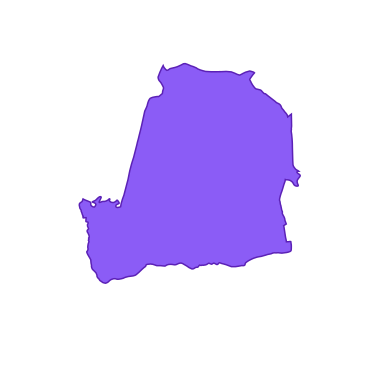 the district of Gachancipá, Cundinamarca, Colombia, rotated 46°
{"feature_id": "7082276B66532340203009", "entity_name": "Gachancipá", "entity_type": "district", "adm_level": 2, "iso_a3": "COL", "parent_name": "Colombia", "parent_adm1": "Cundinamarca", "projection": "albers", "projection_center": [-73.877, 5.006], "detail": "fine", "context": "isolated", "style": "filled", "palette": "violet", "viewbox_px": 384, "rotation_deg": 46, "n_neighbors": 0, "source": "geoboundaries", "source_scale": "gbopen_adm2", "svg_char_len": 6046}
<svg xmlns="http://www.w3.org/2000/svg" viewBox="0 0 384 384"><g transform="rotate(46 192 192)"><path d="M205.0,66.4L204.7,68.9L204.5,71.0L202.7,70.0L201.0,69.7L198.6,69.6L196.7,69.3L194.3,69.2L191.7,68.2L190.4,68.0L189.5,68.1L188.9,68.2L186.8,69.0L186.2,69.2L185.0,69.2L175.3,70.6L173.2,70.8L172.3,71.0L171.9,71.3L171.4,71.7L170.4,71.8L169.2,71.8L167.3,71.7L166.5,71.8L165.8,72.1L163.4,73.6L162.6,74.2L161.6,74.5L160.3,74.5L158.5,74.3L157.1,74.1L154.3,73.4L153.3,73.0L151.7,72.6L151.2,72.4L150.9,71.7L150.7,70.9L150.0,67.2L149.7,64.3L149.1,64.3L148.2,64.6L146.4,65.6L145.1,66.4L144.7,67.1L143.0,70.3L142.1,73.0L141.5,75.2L141.0,76.5L140.2,77.0L138.7,77.8L136.3,78.7L132.9,80.3L129.0,83.7L126.3,86.8L122.3,91.1L118.8,94.7L114.7,98.5L112.4,99.9L109.9,101.3L107.3,102.4L105.7,102.7L105.0,103.0L102.8,103.9L100.6,105.1L97.0,106.6L94.9,107.7L93.8,109.1L93.0,111.9L91.7,115.5L90.6,117.7L88.0,122.1L87.8,123.5L87.6,124.5L87.4,125.0L87.0,125.6L86.5,125.7L85.2,125.8L82.8,125.6L82.0,125.3L81.0,124.9L81.9,127.7L83.6,132.0L84.8,134.5L85.8,136.6L87.2,137.6L88.8,138.2L91.7,138.4L93.8,138.9L95.8,139.5L96.8,139.8L97.8,140.7L98.5,142.0L99.0,142.9L99.6,143.7L100.4,144.6L100.6,145.2L100.5,146.0L100.4,148.0L100.3,149.1L99.9,150.1L99.2,150.6L98.5,151.6L96.7,154.3L96.0,155.8L95.6,157.0L95.7,158.1L96.2,159.8L97.3,162.0L98.9,164.6L99.7,166.4L101.0,169.8L109.0,181.8L111.5,185.7L114.1,189.9L116.7,194.0L118.1,196.4L119.8,199.0L126.4,209.7L129.9,216.1L133.5,222.0L135.0,224.2L138.6,229.4L141.2,233.7L147.0,243.2L148.8,246.9L151.0,250.8L153.0,253.6L152.6,254.5L151.9,255.7L151.2,256.6L150.3,257.0L149.6,256.9L149.2,256.6L148.9,256.2L148.7,255.6L148.7,255.0L149.5,252.8L149.5,252.3L149.2,252.0L148.6,251.7L147.7,251.6L146.8,251.4L146.2,251.4L145.8,251.6L145.7,252.1L145.8,252.9L145.7,253.8L145.4,255.0L144.9,255.9L144.0,256.7L143.1,257.3L142.4,257.5L141.7,257.6L141.1,257.5L140.7,257.2L140.4,256.6L140.1,256.1L139.7,256.0L139.4,256.4L139.5,257.0L139.4,258.0L139.0,259.4L138.6,260.5L138.0,261.5L136.9,262.6L136.3,263.6L135.9,264.7L135.4,265.7L135.1,265.9L134.9,265.9L134.6,265.6L133.1,261.7L132.6,260.9L132.1,260.9L131.7,261.1L131.3,261.7L131.0,262.9L130.9,264.6L131.0,266.2L130.8,267.7L130.0,269.9L129.9,270.5L130.2,270.6L130.9,270.3L131.7,269.8L132.5,269.6L133.3,269.5L134.2,269.8L134.6,270.5L135.0,271.9L135.0,272.7L134.6,273.1L133.9,273.5L132.7,273.9L132.0,274.0L131.5,273.9L130.9,273.7L129.5,272.4L128.9,272.2L128.3,272.3L126.2,273.2L124.7,273.9L122.6,274.8L121.3,275.2L121.9,276.4L122.3,277.1L122.5,277.7L122.1,280.2L122.3,281.2L123.1,282.2L125.3,283.6L126.0,284.0L127.1,284.2L128.2,284.5L128.9,285.1L130.4,285.7L132.2,286.6L133.9,287.2L133.8,287.4L134.7,288.1L135.1,288.2L136.9,286.0L137.2,286.2L137.6,286.7L138.1,287.3L138.7,288.0L139.4,288.7L139.6,288.8L140.1,288.6L141.4,287.8L141.8,288.0L142.3,288.4L142.6,289.0L142.8,289.8L143.4,290.4L144.2,291.0L146.0,291.6L146.6,292.0L146.7,292.9L146.8,293.9L147.2,294.6L148.1,295.1L149.2,295.3L150.5,295.8L151.4,296.1L152.5,296.8L153.1,297.3L153.2,298.0L153.3,298.4L154.1,298.7L154.3,298.8L154.5,299.6L154.7,300.0L155.2,300.2L155.8,300.4L156.1,300.6L157.0,302.3L157.4,303.1L157.9,303.5L158.3,304.2L159.1,305.1L159.9,305.8L160.5,306.1L161.2,306.9L161.7,308.2L161.9,309.2L162.6,309.7L164.5,310.4L168.6,311.4L170.4,311.9L173.0,314.0L174.9,315.2L175.9,316.2L177.0,316.8L178.1,317.2L179.0,317.3L181.1,317.2L183.4,317.2L185.0,317.8L185.9,318.2L186.5,318.8L187.3,319.2L188.5,319.4L190.4,319.4L191.3,319.7L191.8,319.7L195.3,319.0L196.8,318.1L197.6,317.5L198.2,316.1L198.5,314.8L198.5,312.8L198.6,311.9L198.7,311.4L199.0,310.5L199.9,308.7L200.3,308.2L201.1,307.4L202.2,306.8L203.0,306.2L203.9,305.2L205.3,303.1L206.2,301.5L207.0,299.3L208.5,296.6L211.4,292.7L212.4,290.8L212.7,289.5L212.9,285.9L212.9,281.7L213.0,279.1L213.2,277.8L213.2,276.9L213.0,276.5L212.7,275.9L212.6,275.4L212.7,274.9L213.2,274.1L214.1,273.0L214.9,271.9L215.7,271.3L216.8,270.4L220.5,268.5L221.6,267.4L222.9,266.0L226.2,263.2L226.7,262.5L226.9,261.2L227.4,260.0L227.9,259.1L229.2,257.6L230.3,256.6L232.2,255.2L233.1,254.1L234.2,251.1L235.0,249.8L236.0,248.9L237.1,248.4L239.0,247.9L241.4,247.2L244.4,246.6L247.3,245.5L247.8,244.9L248.2,244.3L248.5,243.3L248.7,242.1L249.0,241.5L249.3,241.0L249.6,240.7L250.0,240.2L250.1,239.7L250.1,239.2L249.9,238.4L249.8,237.8L249.8,237.4L250.0,237.2L250.9,236.7L251.2,236.4L251.5,235.7L251.9,235.3L252.5,234.8L253.9,232.8L254.4,231.6L254.6,230.3L254.7,229.8L255.0,229.3L255.6,229.0L256.5,228.6L257.4,228.2L257.7,227.8L258.1,226.1L258.8,225.4L261.1,224.7L261.6,224.3L261.9,223.7L261.8,221.9L262.0,221.3L262.8,220.9L264.1,220.3L265.3,219.5L267.9,218.0L273.1,215.5L275.9,212.6L277.6,210.2L279.5,207.3L280.6,206.3L281.1,205.5L281.2,204.6L280.3,203.1L280.2,202.2L280.4,200.6L280.8,198.7L281.5,196.3L282.4,193.8L284.0,190.5L285.0,188.9L286.4,186.9L288.8,182.4L289.4,181.1L291.4,178.0L292.0,176.4L292.5,175.6L292.9,175.0L293.7,174.3L294.7,173.2L295.5,172.2L296.9,171.1L298.4,169.8L301.3,165.9L302.2,164.4L302.7,163.2L302.9,162.8L303.0,162.1L303.0,161.6L302.8,161.2L302.0,160.2L300.0,158.2L299.0,157.3L296.3,155.4L295.7,155.8L294.9,157.0L293.4,158.7L292.2,157.8L289.6,156.2L280.7,149.9L279.9,149.5L280.1,148.4L280.5,146.4L277.1,144.9L275.5,143.8L274.2,143.2L270.7,142.2L270.0,141.8L269.4,141.1L269.0,140.7L267.3,140.0L263.4,137.5L262.3,137.0L259.9,135.3L258.6,134.7L257.4,133.2L256.2,131.3L254.8,128.8L254.0,127.1L252.6,124.5L250.5,120.8L248.9,117.6L247.8,116.2L248.5,115.9L249.6,114.8L250.7,114.0L252.0,113.3L253.1,113.1L254.0,112.9L255.3,113.0L257.7,113.6L258.6,113.5L259.2,113.4L260.1,112.9L260.7,112.4L261.2,111.8L261.3,111.2L260.8,110.8L259.2,110.2L258.0,109.5L257.2,108.8L256.7,108.1L256.3,106.6L255.8,103.5L255.4,102.8L254.6,102.5L253.8,102.5L252.9,102.8L251.9,102.9L250.9,102.9L250.5,102.6L250.4,102.0L250.6,101.5L251.2,100.8L250.4,100.9L248.8,101.4L247.9,101.6L246.9,101.6L245.2,101.4L243.9,101.1L242.5,100.4L239.5,97.8L230.2,89.3L227.1,86.4L225.3,84.8L222.8,82.7L219.8,80.3L217.0,78.3L216.3,77.3L215.2,76.3L214.5,75.4L213.7,74.5L206.8,68.1L205.0,66.4Z" fill="#8b5cf6" stroke="#5b21b6" stroke-width="1.5"/></g></svg>